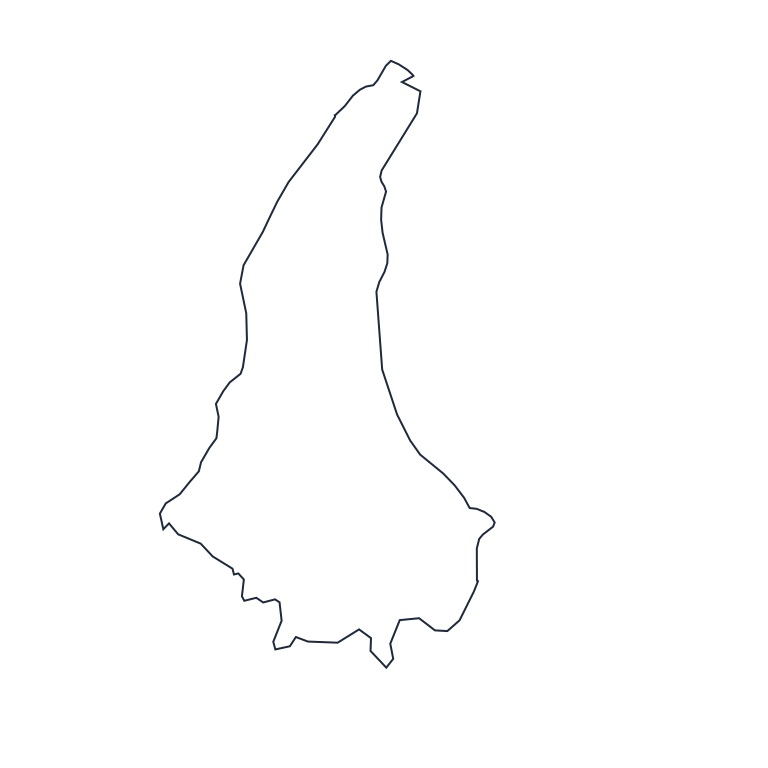 the Principality of Ceredigion, rotated 120°
{"feature_id": "GBR-2105", "entity_name": "Ceredigion", "entity_type": "Principality", "adm_level": 1, "iso_a3": "GBR", "parent_name": "United Kingdom", "parent_adm1": "", "projection": "natural_earth1", "projection_center": [-4.124, 52.292], "detail": "fine", "context": "isolated", "style": "outline", "palette": "slate", "viewbox_px": 768, "rotation_deg": 120, "n_neighbors": 0, "source": "natural_earth", "source_scale": "10m", "svg_char_len": 1521}
<svg xmlns="http://www.w3.org/2000/svg" viewBox="0 0 768 768"><g transform="rotate(120 384 384)"><path d="M102.5,512.5L113.5,519.4L112.3,498.8L133.1,490.8L200.3,492.8L206.6,490.9L210.1,487.3L212.7,482.5L216.4,478.4L232.4,474.4L243.2,468.6L253.8,460.8L270.0,445.6L277.8,441.5L286.8,439.6L297.9,439.1L307.9,436.7L372.4,392.8L403.9,357.4L419.9,333.0L427.1,317.3L431.9,287.9L436.5,272.0L442.5,257.7L448.6,247.8L445.8,241.4L444.6,233.0L445.4,224.8L448.6,218.9L453.0,218.2L464.9,223.1L470.5,224.1L480.0,221.4L507.8,205.2L507.8,204.0L518.6,202.4L550.9,200.4L566.3,205.6L571.9,216.7L569.3,236.5L580.6,252.3L605.8,248.7L617.4,238.6L628.5,240.2L621.9,262.2L610.6,268.2L609.0,282.9L631.2,294.8L645.1,321.1L647.2,333.8L658.2,334.4L668.2,345.4L662.6,351.0L640.2,354.3L625.3,365.3L625.0,370.7L633.6,379.4L633.0,387.7L641.6,396.6L638.9,400.9L623.4,407.6L620.9,415.4L624.0,418.7L619.7,422.8L619.0,446.1L613.9,462.9L617.1,487.1L612.2,500.5L620.1,502.5L608.3,513.3L596.5,513.3L581.7,505.8L566.0,503.3L552.2,500.7L543.3,503.3L533.5,503.3L526.6,503.3L514.8,502.0L508.9,504.5L495.1,510.8L485.3,519.6L470.5,519.6L459.7,518.4L446.8,513.3L440.0,514.6L414.4,524.7L391.7,538.6L369.1,558.8L351.3,565.0L331.7,565.0L312.9,565.0L297.2,566.3L279.4,567.6L256.8,567.6L209.5,561.3L177.0,560.0L175.8,561.0L175.4,560.6L162.8,556.9L149.8,555.1L141.2,552.0L135.4,548.3L130.6,542.7L124.3,541.5L115.2,541.5L107.5,541.5L100.7,539.6L99.8,531.0L100.3,520.5L101.7,514.7L101.8,514.3L102.4,512.6L102.5,512.5Z" fill="none" stroke="#1e293b" stroke-width="2"/></g></svg>